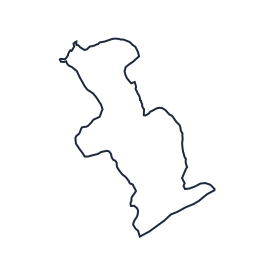 the district of Ofu, Kogi, Nigeria, rotated 235°
{"feature_id": "59680162B1935816053049", "entity_name": "Ofu", "entity_type": "district", "adm_level": 2, "iso_a3": "NGA", "parent_name": "Nigeria", "parent_adm1": "Kogi", "projection": "natural_earth1", "projection_center": [7.061, 7.325], "detail": "fine", "context": "isolated", "style": "outline", "palette": "slate", "viewbox_px": 256, "rotation_deg": 235, "n_neighbors": 0, "source": "geoboundaries", "source_scale": "gbopen_adm2", "svg_char_len": 2722}
<svg xmlns="http://www.w3.org/2000/svg" viewBox="0 0 256 256"><g transform="rotate(235 128 128)"><path d="M32.3,75.4L31.0,86.1L31.3,102.7L31.3,104.6L32.6,113.5L31.0,120.1L30.0,129.6L28.1,138.1L27.6,144.2L28.1,150.2L28.4,155.1L27.4,163.1L28.3,163.9L34.3,162.9L38.5,159.8L40.9,155.6L41.7,149.3L43.2,143.6L45.3,139.7L47.6,140.1L48.7,140.2L50.2,142.7L55.9,143.5L61.4,152.2L62.0,154.0L63.5,154.3L66.5,155.4L68.4,156.7L69.8,157.8L71.3,157.6L76.9,159.5L80.2,161.1L84.4,163.5L87.7,166.5L90.7,168.2L92.3,169.5L95.3,169.7L96.1,170.1L98.7,171.3L98.9,171.4L99.3,171.6L101.2,171.9L105.0,171.1L107.9,171.1L110.9,171.1L112.8,171.1L115.1,169.7L118.2,169.3L121.3,168.9L124.7,167.4L126.3,165.7L127.4,163.6L127.8,161.4L128.2,157.5L128.6,155.7L127.9,153.4L128.2,149.6L128.9,148.8L129.3,148.3L130.3,148.9L134.1,151.9L136.1,151.8L137.5,152.1L139.8,153.4L140.6,153.4L141.7,153.7L142.9,154.3L143.9,153.8L145.4,154.8L147.5,155.5L148.0,155.7L150.2,155.7L151.3,155.9L153.4,156.3L154.6,156.4L155.8,156.7L157.0,158.2L161.8,159.9L162.8,156.3L166.4,155.9L169.7,155.7L173.3,156.5L175.7,157.4L176.6,157.8L177.3,158.9L178.7,160.3L179.2,161.1L179.5,165.6L179.4,170.0L180.4,178.2L184.7,179.8L190.3,180.6L193.3,179.5L197.5,178.7L203.2,174.9L204.6,172.9L206.1,171.7L208.2,169.3L209.7,166.9L210.8,163.5L212.0,159.2L212.0,158.9L213.2,156.3L214.3,153.9L213.9,151.7L214.4,150.3L214.5,149.8L214.8,147.8L215.8,145.2L216.6,143.5L216.0,139.4L216.9,137.1L221.5,135.1L224.2,134.8L225.8,133.4L228.4,135.3L228.6,134.1L228.6,133.2L228.3,131.7L225.6,130.6L224.4,128.0L223.9,127.2L223.6,125.9L224.7,125.4L224.0,123.3L222.8,121.3L221.9,120.5L221.7,119.6L221.0,118.3L220.5,116.3L220.8,115.3L222.2,113.8L223.2,112.6L223.3,112.1L223.3,111.5L220.9,111.0L218.7,113.4L218.2,115.5L215.7,115.0L212.9,115.3L210.2,117.0L204.0,118.7L196.9,117.5L192.0,117.0L187.2,116.5L182.8,116.7L176.4,119.2L175.1,119.3L171.7,119.6L166.8,119.5L164.7,119.4L162.5,119.3L157.8,117.8L156.8,115.9L155.8,114.6L154.8,113.3L153.4,111.2L154.6,104.6L154.2,102.8L153.6,101.6L153.3,99.8L153.0,98.4L152.7,96.0L153.1,94.3L154.1,92.6L154.9,90.6L154.3,89.2L153.0,87.5L151.4,84.9L151.0,80.8L150.1,79.3L145.2,76.4L139.1,76.2L133.5,76.4L129.5,76.2L127.6,78.7L125.4,84.9L124.1,88.1L123.7,92.4L121.5,97.5L119.8,99.0L119.3,99.1L116.5,99.2L113.6,97.9L110.7,97.6L108.7,98.7L106.2,98.9L104.9,98.0L102.4,96.7L99.4,96.4L96.1,96.5L93.8,96.7L92.3,96.9L91.0,97.5L89.5,97.9L87.7,98.1L85.4,98.1L83.8,98.3L82.5,97.8L81.5,97.9L80.9,98.0L80.3,98.8L78.6,99.5L76.8,99.0L76.5,98.9L74.8,98.9L71.8,98.4L70.7,95.8L69.3,91.6L68.1,90.2L66.4,89.1L65.2,87.2L63.8,86.1L62.4,85.7L60.8,88.4L57.1,89.4L54.4,88.8L51.4,86.1L49.9,83.8L48.8,80.7L46.9,77.7L45.7,76.7L41.3,76.4L38.0,77.3L32.3,75.4Z" fill="none" stroke="#1e293b" stroke-width="2"/></g></svg>